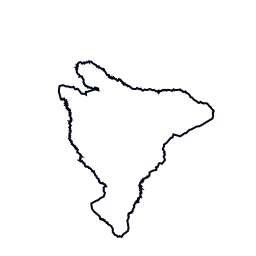 the district of Chum Ta Bong, Nakhon Sawan, Thailand, rotated 232°
{"feature_id": "78962969B50351990269412", "entity_name": "Chum Ta Bong", "entity_type": "district", "adm_level": 2, "iso_a3": "THA", "parent_name": "Thailand", "parent_adm1": "Nakhon Sawan", "projection": "mercator", "projection_center": [99.574, 15.665], "detail": "fine", "context": "isolated", "style": "outline", "palette": "ink", "viewbox_px": 256, "rotation_deg": 232, "n_neighbors": 0, "source": "geoboundaries", "source_scale": "gbopen_adm2", "svg_char_len": 5772}
<svg xmlns="http://www.w3.org/2000/svg" viewBox="0 0 256 256"><g transform="rotate(232 128 128)"><path d="M173.0,89.6L170.7,89.3L170.8,88.7L170.4,88.5L169.0,88.5L168.6,87.6L168.9,87.4L168.6,87.0L169.0,87.0L168.6,86.2L169.1,85.8L168.1,85.8L167.9,85.2L168.3,85.4L168.2,84.8L167.7,84.4L166.1,84.5L165.4,83.7L165.0,84.0L164.7,82.7L164.5,82.9L164.0,82.5L164.1,82.0L162.9,82.0L162.1,80.8L161.9,81.3L160.9,81.1L159.7,79.6L159.9,78.8L159.2,78.1L158.2,78.0L158.0,77.4L157.7,77.5L157.6,77.0L157.1,76.9L157.4,76.6L156.2,76.1L155.9,75.0L154.5,75.2L154.1,74.8L153.5,75.3L152.7,74.8L152.0,75.3L151.7,74.5L150.5,74.5L150.1,73.8L148.7,74.1L148.5,74.6L147.2,74.2L146.6,74.3L146.5,74.8L145.7,74.5L145.6,74.9L144.7,74.4L144.7,74.8L143.7,75.1L143.7,74.3L143.3,74.2L141.8,75.0L140.3,73.1L136.9,74.1L136.1,73.8L135.9,74.2L134.7,73.9L134.7,73.4L134.2,73.6L134.5,73.2L133.9,71.8L132.8,71.6L132.6,70.2L132.0,70.0L132.2,69.7L130.6,70.2L130.4,71.4L127.7,71.5L127.5,71.2L126.8,71.9L124.4,70.7L123.5,71.0L122.9,72.0L122.4,71.9L121.8,72.8L120.5,72.5L119.7,73.3L116.9,73.7L116.0,73.1L114.7,74.5L113.9,73.7L112.3,73.7L111.0,73.0L109.5,73.5L107.9,72.7L106.0,73.5L104.9,72.8L103.9,72.9L103.9,72.4L103.2,72.2L101.3,72.4L100.4,74.2L99.5,73.9L97.9,75.1L95.5,74.8L96.3,73.7L96.0,72.0L94.5,71.3L93.7,70.1L91.0,69.8L88.9,66.6L89.7,63.1L89.5,59.8L90.2,58.4L91.1,52.5L86.4,49.9L83.2,49.8L75.8,51.3L74.0,50.4L72.5,51.4L72.5,50.6L71.0,51.7L71.1,52.1L70.6,52.5L69.7,52.7L69.3,52.2L67.1,53.1L66.3,52.7L65.9,53.6L64.4,53.0L62.4,54.0L60.6,54.3L57.8,53.9L55.2,51.8L53.6,52.1L53.0,51.7L51.6,52.0L50.5,52.9L48.6,52.9L48.1,54.6L47.7,54.5L47.1,55.6L46.2,55.8L46.2,56.8L47.1,58.2L46.9,64.5L48.9,66.9L55.5,70.5L56.4,72.6L57.7,74.1L58.5,74.0L60.0,75.4L60.1,76.0L59.6,76.1L60.0,77.1L59.0,78.6L59.9,79.3L59.4,80.3L60.4,81.0L62.1,84.6L63.6,85.1L63.9,87.2L64.4,87.4L64.6,88.1L64.1,88.9L64.7,89.2L64.3,89.6L64.9,89.6L64.9,90.5L64.4,90.8L65.0,90.9L64.9,91.3L65.8,92.0L65.4,92.3L66.0,92.7L65.8,93.0L66.3,93.1L66.2,94.2L66.6,95.2L65.7,95.7L69.0,97.2L68.4,98.4L69.1,99.1L69.8,98.8L71.0,100.0L71.5,99.4L71.9,100.1L72.6,99.9L72.8,100.6L72.0,101.3L73.1,101.1L73.4,101.9L74.0,100.8L74.7,101.1L74.8,101.8L75.2,101.3L76.0,101.6L76.4,103.3L77.2,103.7L77.5,104.7L76.8,105.3L77.9,106.1L76.7,106.9L77.3,107.9L78.2,107.4L78.6,109.0L77.8,110.5L78.0,111.3L77.2,112.1L77.2,112.6L77.9,113.1L77.1,114.0L77.5,114.5L77.2,115.5L79.7,117.6L79.2,121.0L77.6,124.5L78.8,125.6L79.7,125.6L79.8,126.5L79.2,126.8L79.1,127.7L80.8,130.2L81.0,131.0L80.3,131.9L78.9,132.6L80.0,137.5L83.7,138.6L84.1,140.5L85.3,141.1L86.2,141.0L86.5,142.1L90.0,142.4L91.5,145.3L92.8,146.2L92.5,149.0L93.9,155.8L93.1,157.1L95.0,159.9L89.3,164.0L88.9,169.8L88.2,170.5L88.7,175.3L87.9,177.0L86.9,183.0L85.5,185.2L85.0,187.7L83.5,200.5L85.3,202.7L86.8,203.4L87.2,204.3L88.3,204.6L88.6,206.0L89.0,206.2L91.5,205.7L93.9,206.0L94.3,205.6L98.4,205.5L99.3,205.0L100.9,202.5L101.7,202.4L102.1,201.8L103.9,201.4L104.1,200.2L103.8,199.8L104.5,198.9L106.5,198.6L110.0,197.3L112.7,197.2L113.9,196.2L115.7,196.8L118.1,196.5L120.0,195.5L120.9,195.9L121.6,195.6L121.8,194.4L122.8,193.5L123.8,193.7L125.5,192.5L125.8,192.8L126.1,192.4L126.4,192.5L128.2,189.3L129.7,188.0L129.5,187.6L130.1,187.6L129.9,187.1L130.5,186.6L130.2,185.6L132.9,183.8L133.3,182.7L133.7,182.6L133.9,181.2L134.9,181.1L136.1,179.5L135.8,179.1L136.6,178.7L136.8,178.0L136.6,177.0L137.6,175.9L137.3,175.3L137.9,175.3L137.4,174.5L138.1,174.4L137.8,174.0L138.1,174.1L138.3,173.6L139.1,173.7L139.7,172.7L142.0,172.0L142.6,170.6L145.2,169.3L146.3,166.2L148.1,164.8L148.1,163.2L148.4,162.6L150.3,162.0L151.1,162.3L151.9,160.6L154.0,159.8L153.8,158.5L154.3,157.5L156.4,155.5L159.7,154.9L160.7,154.4L160.9,153.7L161.8,153.8L162.3,153.3L162.5,153.6L163.7,153.1L164.2,152.2L164.8,152.5L164.9,151.5L165.9,151.8L166.3,151.5L166.4,152.1L167.4,151.7L167.9,152.1L169.2,151.4L169.9,151.8L171.1,151.6L172.1,151.0L171.3,149.9L171.5,148.8L173.8,148.7L174.0,148.2L176.1,147.8L176.0,147.4L176.5,147.4L176.2,147.1L176.8,147.4L176.7,146.5L177.4,146.1L177.0,145.7L178.7,144.8L178.6,145.3L179.3,144.8L179.4,145.5L180.1,144.7L180.8,144.7L180.6,145.0L181.3,145.5L181.8,145.3L181.7,144.7L182.7,144.1L186.6,144.7L187.6,144.4L188.9,145.2L189.6,144.9L189.5,144.4L190.1,144.6L190.6,143.8L193.5,142.8L193.5,142.2L194.5,142.0L194.8,142.5L195.4,141.3L197.0,141.6L200.8,140.0L202.9,140.0L203.6,138.6L204.1,138.5L203.6,138.0L204.3,138.0L204.8,136.3L205.4,136.1L205.2,135.2L206.1,134.3L205.8,133.5L206.6,133.5L206.4,133.0L207.0,131.4L208.1,131.6L209.3,130.9L209.8,129.3L209.4,127.8L208.1,126.8L208.6,126.5L207.9,126.4L208.1,125.6L207.1,125.3L207.7,124.1L206.8,124.3L206.2,123.5L205.5,124.1L203.9,122.1L201.5,121.7L199.9,122.4L198.8,122.1L198.4,121.3L197.1,123.4L196.4,123.4L195.4,122.7L193.3,122.8L191.6,121.1L190.3,121.0L189.7,120.4L188.5,120.7L187.3,120.4L186.9,121.1L186.0,121.1L185.6,121.7L184.4,121.4L183.9,122.7L182.7,123.1L182.3,124.0L181.3,124.0L180.5,124.6L179.8,125.6L180.2,126.9L177.5,128.8L175.9,127.9L178.8,125.8L181.6,118.1L182.4,117.0L180.2,115.5L181.4,115.1L183.7,112.5L189.7,112.6L190.3,112.1L190.5,110.8L191.4,110.1L194.0,110.5L194.5,108.9L196.1,107.3L197.4,106.6L198.8,104.8L201.7,103.2L203.2,100.1L202.6,99.1L199.4,96.0L192.2,92.9L191.7,92.9L191.9,93.5L191.5,93.7L191.2,93.3L191.3,93.8L190.7,93.9L190.6,94.4L191.1,94.6L190.5,95.5L188.8,94.9L189.4,95.5L188.7,95.4L188.3,95.9L188.2,95.5L187.6,95.6L187.6,95.2L186.7,95.6L186.8,95.1L186.2,95.1L186.5,94.9L185.9,94.6L186.3,94.5L186.3,93.5L184.4,94.0L184.5,93.4L183.6,93.7L183.9,93.0L183.5,93.2L183.0,92.4L183.1,92.8L182.5,92.5L182.5,93.0L182.1,92.5L181.3,92.7L181.3,92.1L180.5,92.5L180.6,92.1L179.8,91.8L179.0,92.3L179.2,92.9L178.1,93.2L178.0,92.6L177.4,92.8L177.3,92.2L176.0,92.1L176.3,91.7L176.1,91.2L174.8,90.9L174.5,90.2L173.9,90.9L173.0,89.6Z" fill="none" stroke="#020617" stroke-width="2"/></g></svg>